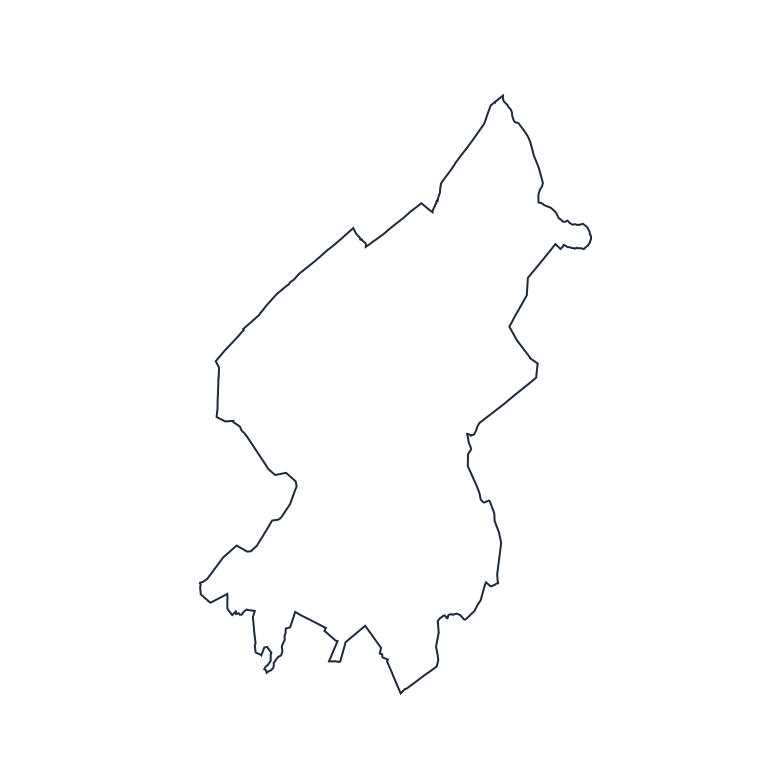 outline of Jaungulbenes pag., Gulbene, Latvia, rotated 283°
{"feature_id": "27541924B98196696268447", "entity_name": "Jaungulbenes pag.", "entity_type": "district", "adm_level": 2, "iso_a3": "LVA", "parent_name": "Latvia", "parent_adm1": "Gulbene", "projection": "robinson", "projection_center": [26.577, 57.088], "detail": "fine", "context": "isolated", "style": "outline", "palette": "slate", "viewbox_px": 768, "rotation_deg": 283, "n_neighbors": 0, "source": "geoboundaries", "source_scale": "gbopen_adm2", "svg_char_len": 6113}
<svg xmlns="http://www.w3.org/2000/svg" viewBox="0 0 768 768"><g transform="rotate(283 384 384)"><path d="M217.6,539.1L223.8,537.1L254.8,534.0L255.5,533.9L256.5,533.5L262.7,530.6L263.4,530.4L265.2,529.4L275.2,522.8L275.9,522.4L281.0,521.1L283.2,520.3L293.3,513.6L293.8,513.1L294.0,512.6L294.0,512.3L291.3,508.8L291.0,508.0L291.4,506.9L293.0,504.5L294.2,503.7L298.7,501.8L304.5,498.0L322.0,484.8L322.4,484.4L322.9,484.1L334.4,481.7L334.9,481.8L338.6,483.2L339.2,483.3L339.7,483.3L340.1,483.5L340.9,483.3L344.7,480.7L346.8,479.4L354.0,476.3L354.0,477.0L353.9,479.6L353.9,479.8L353.2,480.1L355.0,483.0L358.9,484.1L364.2,484.7L367.6,485.8L390.1,504.3L403.1,514.2L420.2,527.7L424.5,530.8L438.6,529.1L441.8,520.8L442.1,520.9L456.9,503.2L468.2,493.2L470.2,493.8L472.0,494.4L478.2,496.0L502.5,503.2L519.8,500.3L535.9,508.4L543.4,512.1L544.3,512.4L548.3,514.5L554.6,517.5L558.9,519.5L555.3,525.6L558.6,527.6L559.8,527.7L559.9,528.2L559.4,530.4L558.8,531.4L558.7,532.6L559.1,534.0L558.9,535.3L558.7,536.4L558.9,537.5L559.0,538.3L558.8,539.1L559.1,539.3L559.4,540.1L559.3,540.4L559.9,540.8L559.8,541.0L559.9,541.4L560.1,541.5L560.0,541.8L559.9,541.9L559.8,542.1L560.1,543.3L560.5,544.2L560.4,544.9L560.5,545.8L560.7,546.7L560.4,547.6L560.3,548.1L560.5,548.4L560.8,548.7L562.0,549.3L562.6,549.7L564.3,551.2L564.7,551.5L565.4,551.8L568.0,552.7L568.6,552.8L569.1,552.8L569.7,552.8L571.8,553.1L573.4,552.7L575.2,552.1L576.2,550.9L577.4,550.4L578.4,550.3L580.1,548.7L582.2,547.0L583.5,544.9L583.9,543.7L584.8,542.0L584.5,541.0L583.4,539.4L582.6,537.1L582.5,535.8L582.7,534.5L582.5,533.6L581.8,532.4L581.7,531.6L582.7,528.7L584.4,526.2L584.4,525.9L582.8,524.1L582.5,522.2L582.5,521.3L584.1,519.4L584.1,519.1L584.8,517.0L589.4,513.3L591.3,510.5L593.0,507.3L593.6,505.6L593.6,504.0L594.0,502.1L594.2,500.5L594.4,499.7L595.5,497.3L595.7,496.4L595.6,495.4L595.6,494.7L595.7,493.7L601.9,492.1L603.9,491.9L608.2,492.2L612.2,493.6L612.8,493.6L615.4,493.6L615.8,493.5L627.4,487.3L630.8,485.3L640.9,478.2L645.2,476.1L652.5,472.2L655.0,470.5L657.9,468.2L659.9,466.1L662.5,463.4L664.9,460.5L668.3,456.4L668.6,455.7L668.5,453.6L668.6,452.9L669.5,451.6L670.8,450.6L674.2,448.6L675.2,448.2L676.6,447.8L677.6,447.4L679.4,446.2L680.1,445.6L682.0,442.9L683.8,441.4L684.4,440.1L685.4,438.8L686.0,437.6L686.7,436.9L688.1,436.0L688.9,435.7L689.7,435.4L691.8,435.1L691.3,434.6L684.0,428.9L683.9,428.9L684.0,428.8L679.3,425.3L668.1,423.9L665.1,423.8L665.0,423.6L662.1,423.3L659.9,423.0L659.5,422.8L641.7,415.6L637.0,413.5L632.8,411.8L628.2,409.6L615.1,403.7L614.2,403.6L607.3,400.9L595.3,395.6L592.4,394.5L587.2,394.8L583.4,395.4L582.7,395.5L581.8,395.2L577.5,394.9L574.7,395.0L575.0,394.4L574.4,394.1L573.6,394.0L572.6,394.2L572.0,394.4L571.3,393.9L568.1,393.4L566.9,393.0L564.4,392.6L563.4,392.4L562.3,392.6L564.5,387.7L567.9,381.0L568.5,379.6L566.0,377.8L558.4,371.4L549.7,365.2L540.7,357.9L535.4,353.8L529.6,349.5L522.9,343.7L520.5,341.4L517.7,339.1L517.4,338.9L513.5,335.4L515.8,335.0L516.9,334.4L517.5,333.5L518.7,330.9L520.0,329.6L519.3,328.9L519.3,328.6L519.7,328.2L520.4,327.8L521.7,327.1L522.1,325.9L524.2,323.0L529.0,319.0L516.6,310.2L509.6,305.1L505.0,301.5L502.3,299.2L499.3,297.1L492.6,292.3L489.7,290.2L486.4,287.7L472.1,276.3L465.5,272.8L462.2,269.8L459.6,268.8L459.0,268.5L458.4,267.5L457.3,266.7L447.4,259.2L435.3,252.5L425.0,247.5L425.0,247.4L423.0,246.8L422.0,246.1L421.0,245.2L412.0,238.9L406.4,234.8L405.8,234.4L405.4,234.6L405.5,234.9L404.9,235.2L402.7,233.8L398.4,231.6L391.8,227.8L380.6,221.2L368.3,214.9L367.5,215.7L362.8,219.6L353.1,221.5L353.0,221.3L332.9,225.2L331.4,225.4L322.8,227.3L314.2,228.3L311.8,237.7L314.2,245.5L313.1,245.6L309.9,253.5L308.5,254.3L306.7,255.6L306.2,256.3L305.8,257.0L305.1,258.5L301.7,262.6L279.0,286.5L275.8,289.7L275.2,290.4L271.1,297.8L271.0,298.4L271.0,298.9L271.3,299.5L272.0,300.9L275.4,308.6L269.2,319.9L264.6,321.9L258.4,321.0L245.8,319.5L230.7,313.8L228.0,311.5L225.8,305.7L215.9,302.6L197.8,296.5L191.1,291.9L189.9,288.5L193.4,276.7L181.5,268.2L178.9,266.3L154.3,255.6L152.0,253.6L150.1,251.6L149.0,249.4L148.7,249.3L148.4,249.6L147.7,250.1L147.3,250.5L144.1,250.6L142.8,251.2L137.8,252.8L131.8,263.9L133.4,266.0L144.2,278.5L140.0,279.7L133.6,281.0L129.9,281.9L126.7,285.6L124.7,288.1L125.6,288.7L126.9,289.4L129.1,290.7L128.7,291.0L126.6,291.7L128.0,294.1L126.8,295.3L127.1,297.2L129.6,298.1L131.9,299.6L133.3,300.8L133.2,301.9L133.8,309.2L127.4,308.7L112.1,313.7L102.4,317.2L100.0,317.0L94.8,318.8L93.5,319.4L93.3,320.7L92.8,322.7L92.5,324.7L92.3,325.1L92.0,325.5L100.2,326.6L101.5,329.2L99.1,332.0L96.9,334.7L94.6,334.5L88.8,335.9L84.3,334.1L81.6,332.1L79.2,331.5L78.7,333.0L77.9,333.7L76.2,334.6L77.8,335.9L79.7,338.3L82.4,340.0L85.4,339.9L87.1,339.3L93.9,342.0L96.5,344.8L100.7,345.2L104.9,343.5L106.6,343.6L112.5,344.8L115.8,343.8L119.4,344.1L123.6,343.3L125.8,347.3L131.3,347.8L141.9,348.7L140.9,351.9L139.7,356.2L138.1,362.9L134.4,377.5L133.2,382.3L130.0,381.5L129.1,383.4L123.1,394.6L123.0,396.6L101.4,392.8L102.4,397.4L102.9,398.7L103.0,402.2L103.7,403.8L121.5,404.6L123.7,404.6L130.9,410.0L132.8,411.6L135.9,413.8L144.2,420.1L126.2,440.5L121.9,440.5L120.4,440.5L120.3,443.0L117.3,443.9L116.4,449.8L114.5,449.3L105.3,456.1L100.7,459.3L89.1,467.8L86.3,469.8L91.1,472.7L92.6,474.8L94.2,476.2L102.3,483.1L109.2,488.8L113.1,492.4L119.4,497.9L120.7,498.9L127.0,499.0L129.7,498.1L134.1,496.3L139.8,493.8L154.5,493.2L155.0,492.9L161.5,490.9L165.0,489.7L168.0,491.0L170.6,493.2L171.5,494.0L171.7,494.4L172.1,494.9L172.0,495.3L171.9,495.4L171.6,495.8L171.4,496.1L171.4,496.4L171.2,496.7L170.8,497.0L170.1,497.6L170.0,498.0L170.0,498.4L170.6,498.7L170.9,498.8L172.8,498.6L173.2,498.8L174.0,499.5L174.4,500.1L174.4,500.7L174.7,501.2L174.7,501.4L174.9,501.6L174.9,502.4L174.7,502.8L174.6,503.0L176.6,506.3L176.4,507.5L176.1,509.9L176.0,510.2L172.7,514.8L172.5,515.6L172.6,515.9L173.1,516.5L176.0,518.6L178.6,520.2L178.9,520.3L182.9,523.1L190.7,525.1L194.9,526.8L210.7,527.5L211.4,527.6L213.7,528.1L211.0,532.9L211.0,533.1L211.0,533.5L211.3,534.3L211.7,535.0L213.4,537.2L214.9,538.5L215.3,539.4L215.5,540.0L216.3,539.6L217.6,539.1Z" fill="none" stroke="#1e293b" stroke-width="2"/></g></svg>